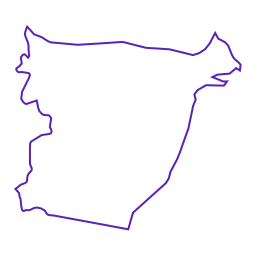 the border of Ida-Viru
{"feature_id": "EST-1655", "entity_name": "Ida-Viru", "entity_type": "County", "adm_level": 1, "iso_a3": "EST", "parent_name": "Estonia", "parent_adm1": "", "projection": "mercator", "projection_center": [27.147, 59.161], "detail": "fine", "context": "isolated", "style": "outline", "palette": "violet", "viewbox_px": 256, "rotation_deg": 0, "n_neighbors": 0, "source": "natural_earth", "source_scale": "10m", "svg_char_len": 1564}
<svg xmlns="http://www.w3.org/2000/svg" viewBox="0 0 256 256"><path d="M215.2,33.0L218.2,38.6L225.0,42.2L228.2,45.7L231.8,54.6L233.2,57.3L235.0,59.4L239.0,62.8L240.6,64.8L239.9,70.5L236.2,68.1L229.6,73.6L217.2,74.7L212.4,77.1L223.4,81.5L227.0,81.4L224.0,85.6L206.2,85.2L197.7,90.0L194.4,94.4L195.7,99.6L193.1,106.0L188.4,128.4L179.6,153.2L177.0,159.5L170.5,171.7L168.8,178.4L166.1,182.7L165.9,183.1L152.4,195.2L133.0,212.7L128.2,229.3L54.2,215.6L53.4,215.5L49.1,215.1L47.9,214.6L46.8,213.8L44.8,210.6L41.0,208.4L37.2,207.6L35.7,207.6L33.7,208.2L29.7,210.1L26.4,210.1L25.0,210.4L24.0,211.0L22.8,210.8L21.9,209.3L21.1,204.8L20.5,198.4L19.6,197.0L19.5,195.5L19.2,194.3L19.2,193.2L15.4,189.0L20.8,184.7L25.5,182.9L26.6,181.8L27.1,180.5L27.2,178.5L27.5,176.3L28.4,173.9L30.6,171.6L31.7,170.1L31.7,168.2L30.0,164.1L29.9,147.4L30.3,143.0L31.4,141.4L41.6,135.1L49.6,133.9L51.0,133.2L51.6,131.7L51.3,130.1L51.0,129.1L49.8,127.0L51.2,118.4L50.3,116.8L48.8,115.3L44.2,115.0L42.1,114.1L39.3,111.0L38.3,108.3L36.7,100.5L26.3,104.0L25.2,103.6L23.2,102.1L21.2,98.7L22.1,91.8L28.5,78.9L29.9,75.1L29.4,73.6L28.1,73.0L21.8,72.0L20.4,72.2L18.9,72.2L17.6,71.7L16.4,70.0L16.2,69.1L16.6,68.2L19.3,66.3L21.7,63.6L20.9,57.6L21.6,56.4L22.5,55.1L23.7,54.5L24.7,54.4L25.8,55.2L28.1,57.7L29.2,56.0L28.5,49.1L28.6,45.6L27.9,42.5L25.5,36.5L25.0,34.8L24.9,33.5L25.5,31.3L26.9,27.3L27.2,26.7L34.2,34.4L41.6,37.1L47.9,41.2L51.0,42.4L78.1,44.8L102.2,43.3L122.6,41.9L146.0,47.8L169.4,49.3L193.1,55.1L199.4,53.0L205.3,49.0L209.8,43.3L215.2,33.0Z" fill="none" stroke="#5b21b6" stroke-width="2"/></svg>